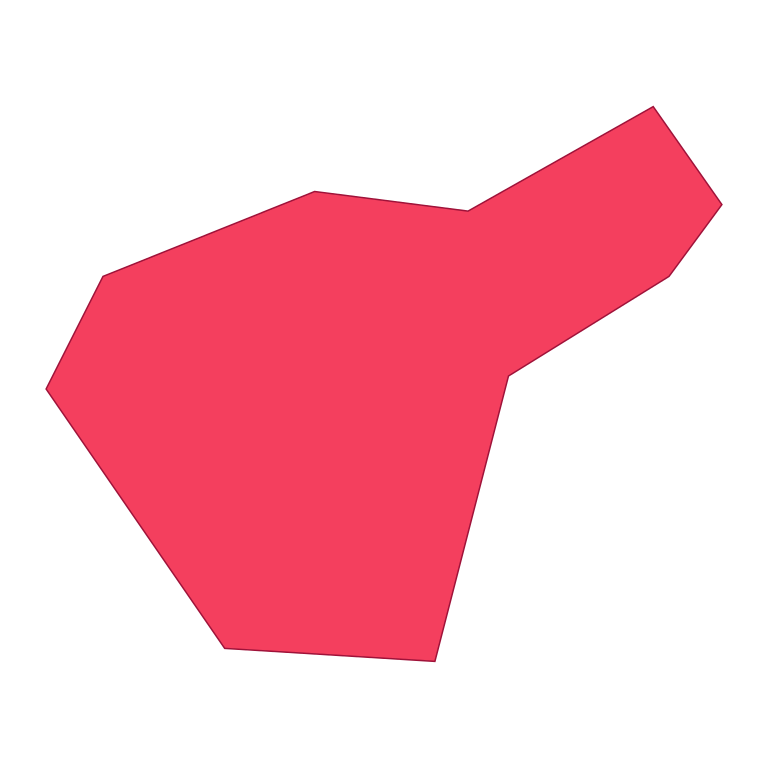 the state/province of Ħamrun
{"feature_id": "MLT-5944", "entity_name": "Ħamrun", "entity_type": "state/province", "adm_level": 1, "iso_a3": "MLT", "parent_name": "Malta", "parent_adm1": "", "projection": "mercator", "projection_center": [14.489, 35.882], "detail": "fine", "context": "isolated", "style": "filled", "palette": "rose", "viewbox_px": 768, "rotation_deg": 0, "n_neighbors": 0, "source": "natural_earth", "source_scale": "10m", "svg_char_len": 263}
<svg xmlns="http://www.w3.org/2000/svg" viewBox="0 0 768 768"><path d="M224.7,648.4L46.1,389.0L103.0,276.4L314.6,191.5L468.0,211.1L653.2,106.6L721.9,204.6L669.0,276.4L508.5,376.0L434.9,661.4L224.7,648.4Z" fill="#f43f5e" stroke="#9f1239" stroke-width="1.5"/></svg>